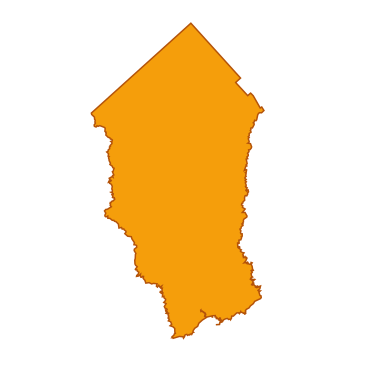 Burnie, Tasmania, Australia (Robinson projection), rotated 138°
{"feature_id": "25037944B77423054355343", "entity_name": "Burnie", "entity_type": "district", "adm_level": 2, "iso_a3": "AUS", "parent_name": "Australia", "parent_adm1": "Tasmania", "projection": "robinson", "projection_center": [145.868, -41.196], "detail": "fine", "context": "isolated", "style": "filled", "palette": "amber", "viewbox_px": 384, "rotation_deg": 138, "n_neighbors": 0, "source": "geoboundaries", "source_scale": "gbopen_adm2", "svg_char_len": 5985}
<svg xmlns="http://www.w3.org/2000/svg" viewBox="0 0 384 384"><g transform="rotate(138 192 192)"><path d="M208.2,81.4L207.4,82.7L209.2,82.3L209.7,83.2L207.8,83.7L206.3,85.0L203.9,85.0L204.3,85.6L205.2,85.7L205.7,87.0L206.6,86.3L207.0,88.2L205.3,88.8L203.9,88.3L204.0,89.6L202.6,91.9L201.1,91.9L200.6,94.1L200.2,94.0L200.2,93.0L198.8,92.8L198.7,94.0L197.0,96.6L196.4,98.7L194.7,99.1L195.2,100.1L196.5,99.2L197.4,99.5L198.0,100.7L197.6,102.7L198.5,103.0L199.1,102.2L199.5,103.9L200.6,104.5L198.2,104.8L195.4,106.1L195.3,107.0L196.2,107.3L195.8,108.4L197.3,108.4L197.6,108.8L196.9,109.1L197.1,109.9L196.3,110.4L196.4,111.4L194.1,112.0L195.1,113.4L195.7,115.4L195.3,115.9L194.1,116.0L194.8,118.8L193.6,118.9L193.3,119.4L193.8,120.0L194.9,119.9L194.9,120.3L192.3,123.6L191.9,123.5L191.6,122.5L191.2,122.4L189.4,124.8L187.7,123.8L185.6,124.9L185.2,125.9L184.2,125.6L182.7,127.4L183.6,128.2L183.3,129.2L181.6,130.5L181.5,131.8L181.1,132.4L180.1,132.1L178.4,133.3L176.6,133.0L176.3,134.8L175.3,134.2L174.8,135.2L173.8,135.3L173.0,136.4L171.8,137.1L168.1,136.7L167.2,137.3L166.3,141.3L168.3,143.1L163.9,143.8L164.8,146.8L163.4,147.8L163.9,149.2L162.6,150.2L161.7,149.8L160.5,150.6L158.4,150.6L157.0,152.4L155.3,153.6L154.7,153.6L153.9,152.5L152.0,153.2L151.4,154.1L149.9,154.3L148.9,156.1L150.0,156.6L150.8,156.1L150.9,157.1L148.2,158.2L148.8,159.7L148.5,160.4L147.8,160.2L147.0,161.1L146.2,163.2L144.8,163.2L144.9,164.9L143.3,165.1L143.7,166.3L142.8,167.4L141.3,167.4L140.9,168.6L139.6,169.3L139.4,170.6L138.8,170.2L136.6,171.9L136.8,172.5L138.6,173.0L134.9,175.1L133.8,174.7L133.7,175.9L132.1,176.1L129.7,180.2L128.3,179.5L127.8,181.3L126.0,181.3L125.1,182.3L124.8,183.6L122.7,183.8L121.7,185.4L120.8,184.7L118.8,184.9L117.5,185.6L116.2,188.8L117.8,190.9L116.6,190.7L115.7,191.3L114.6,193.9L113.0,194.3L113.3,195.4L111.8,195.6L110.4,197.2L108.0,197.0L107.5,198.7L106.6,198.8L105.9,199.9L105.2,200.1L104.2,199.2L100.7,200.5L100.0,201.5L100.2,202.4L98.9,202.5L97.5,203.4L96.8,202.2L95.6,202.4L91.2,205.6L88.9,205.9L87.3,204.3L84.0,204.4L83.3,208.5L85.1,208.8L82.1,222.5L82.2,225.8L82.3,226.3L86.1,226.3L86.3,243.0L86.2,244.2L79.7,244.2L79.9,318.2L214.0,318.0L214.7,316.7L214.4,313.0L215.8,311.1L215.8,310.2L217.4,308.9L217.7,307.8L219.9,307.3L220.6,306.1L219.8,304.5L218.2,304.8L217.9,303.7L216.1,303.0L214.0,298.9L213.8,297.5L216.1,295.4L215.8,294.0L216.5,293.8L216.5,293.0L217.9,292.0L217.7,288.7L216.8,287.3L217.2,285.9L216.5,285.2L216.4,283.9L217.3,283.3L218.5,283.9L218.4,282.4L219.2,281.5L221.8,281.3L222.0,280.6L223.2,280.7L224.2,279.3L226.2,279.3L227.1,278.4L228.6,278.8L228.4,276.4L230.4,274.7L229.9,273.8L230.7,273.7L231.7,272.4L231.7,271.7L232.6,270.8L233.3,268.0L234.6,267.4L234.0,264.5L234.6,263.1L234.0,261.8L237.0,260.1L237.6,260.3L238.7,257.0L240.1,257.3L240.8,255.9L241.0,256.7L241.6,257.0L244.3,257.6L244.3,256.8L244.8,256.5L244.3,254.7L245.3,254.4L245.6,255.4L246.4,255.7L247.6,255.1L246.8,254.7L247.4,253.6L246.9,252.4L247.0,250.8L247.7,249.3L249.6,247.9L249.7,247.0L251.2,245.3L252.4,246.0L251.7,243.4L252.4,242.8L253.3,243.5L253.8,241.5L254.7,241.2L254.4,240.2L253.6,239.7L254.3,238.3L256.8,238.2L257.4,238.7L259.2,238.5L259.7,238.9L260.6,238.3L260.5,237.6L261.7,236.9L261.8,235.0L266.5,235.8L267.7,236.7L269.7,236.5L270.2,234.0L272.3,233.0L272.8,232.3L272.8,231.5L272.1,230.8L270.7,230.5L272.1,228.8L270.6,227.2L270.2,224.3L269.0,223.2L269.2,222.2L268.3,220.6L268.2,217.4L270.4,214.1L268.1,212.8L268.7,211.2L267.4,210.2L267.7,209.0L267.3,207.6L267.7,206.4L269.8,206.0L269.4,202.2L267.0,199.4L268.0,197.4L268.7,192.9L270.4,191.7L269.3,190.3L269.0,189.3L270.1,187.9L273.1,188.1L274.2,187.1L274.8,183.9L275.9,183.4L278.6,180.6L280.2,179.6L282.5,176.7L282.9,175.4L282.7,173.1L285.8,172.5L285.9,171.9L285.0,170.9L285.6,169.9L285.2,168.0L287.1,166.9L288.9,167.0L289.7,166.4L287.9,165.3L285.3,165.3L286.4,164.4L287.0,162.9L286.3,162.3L285.1,162.4L284.5,161.7L286.1,160.4L286.1,157.9L287.3,155.2L284.5,153.3L283.5,150.7L281.7,149.8L279.4,147.1L281.5,145.8L281.3,144.4L279.1,144.9L279.5,142.8L277.5,142.4L279.4,141.7L279.5,141.2L278.4,140.4L279.5,139.7L280.8,137.9L282.0,139.3L282.8,138.9L282.5,137.0L281.3,136.5L284.1,134.0L282.7,133.3L283.6,132.1L283.3,130.0L284.4,129.1L286.9,128.8L285.9,126.4L289.3,125.4L289.8,123.2L289.0,122.4L289.0,121.4L290.1,121.1L290.7,121.8L291.2,121.1L290.4,120.5L290.5,119.8L292.5,119.3L292.0,118.5L290.9,118.4L290.5,117.5L292.0,116.8L292.3,115.5L292.8,115.3L293.0,114.5L294.1,114.4L294.0,112.6L295.8,112.1L294.7,109.9L295.6,107.3L297.8,107.3L296.4,104.8L296.1,102.2L298.7,99.1L298.9,98.3L298.4,97.8L299.9,98.4L301.3,97.7L303.6,97.8L303.7,97.1L304.3,97.1L303.7,96.5L303.9,95.9L298.0,93.1L295.5,90.4L296.1,89.1L294.2,89.5L293.5,90.3L292.4,90.3L290.6,89.4L291.1,89.4L291.2,88.4L289.9,88.1L289.4,87.3L288.5,87.6L287.7,86.9L286.6,86.9L286.8,86.6L285.4,87.1L284.7,86.7L284.7,87.6L283.9,88.2L281.2,88.9L277.7,88.4L274.7,89.9L269.9,89.9L265.3,89.1L265.8,91.2L263.6,92.6L264.3,96.7L265.4,97.2L264.6,98.4L264.3,98.4L265.2,97.2L264.1,96.8L263.2,93.0L263.8,91.7L265.4,91.0L265.4,90.2L264.9,89.3L260.2,86.6L260.7,85.6L260.5,85.4L260.0,86.3L259.5,86.3L257.4,84.6L258.4,83.7L257.7,82.9L257.6,81.8L258.1,81.5L258.5,81.9L259.0,82.1L257.6,80.5L257.5,79.4L255.8,79.9L255.3,79.3L255.8,78.7L257.6,78.7L257.4,78.2L256.0,77.7L257.5,78.0L256.0,77.4L255.9,77.0L256.4,77.0L255.8,76.4L257.5,77.1L258.0,76.2L258.6,76.4L260.1,75.2L263.1,77.4L260.2,75.1L258.8,76.2L256.2,75.2L254.2,75.9L251.9,75.3L250.3,74.3L250.1,72.8L248.5,71.8L248.7,71.3L247.1,71.8L245.6,73.2L244.3,72.1L239.6,72.2L238.3,71.1L238.2,70.2L237.8,70.6L237.3,70.0L235.8,70.5L236.0,70.0L234.8,67.9L235.0,67.5L234.3,67.0L234.5,66.0L233.9,65.8L233.0,66.0L232.8,67.1L231.9,67.4L231.7,68.1L230.1,68.4L227.1,67.7L224.8,68.3L221.1,68.0L218.6,68.8L212.3,66.9L211.1,67.3L210.2,68.7L210.7,69.7L209.6,72.1L209.3,72.7L207.5,72.8L208.8,73.9L208.8,74.7L206.3,74.7L204.0,76.3L205.8,77.0L206.4,78.5L207.1,78.3L206.7,77.1L207.9,77.6L208.5,79.0L207.8,79.6L208.2,81.4Z" fill="#f59e0b" stroke="#b45309" stroke-width="1.5"/></g></svg>